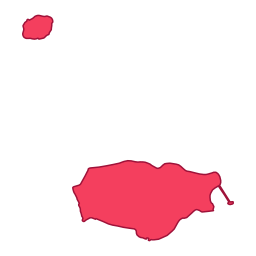 the district of Ly Son, Vietnam
{"feature_id": "81297802B63810165613250", "entity_name": "Ly Son", "entity_type": "district", "adm_level": 2, "iso_a3": "VNM", "parent_name": "Vietnam", "parent_adm1": "", "projection": "natural_earth1", "projection_center": [109.112, 15.401], "detail": "fine", "context": "isolated", "style": "filled", "palette": "rose", "viewbox_px": 256, "rotation_deg": 0, "n_neighbors": 0, "source": "geoboundaries", "source_scale": "gbopen_adm2", "svg_char_len": 3224}
<svg xmlns="http://www.w3.org/2000/svg" viewBox="0 0 256 256"><path d="M135.4,161.8L131.2,160.9L127.8,160.7L124.2,161.4L121.4,162.4L119.3,163.2L113.7,164.4L106.6,165.8L99.0,167.1L90.0,168.0L88.8,168.5L88.4,168.8L88.1,169.7L88.0,170.3L87.6,171.1L86.9,172.4L85.3,175.6L80.8,183.7L80.3,184.4L79.7,184.8L79.0,185.2L73.9,186.7L73.2,187.1L72.9,187.4L72.8,187.8L73.0,189.2L73.5,191.1L74.1,192.7L75.0,194.1L76.8,197.7L77.2,199.4L78.0,200.8L79.3,203.3L79.1,203.8L78.7,204.2L78.8,205.6L79.4,206.5L80.0,207.8L80.3,208.8L80.4,211.2L81.1,213.2L81.6,215.1L81.7,216.0L82.4,217.0L82.8,218.2L82.9,218.6L82.4,219.7L82.3,220.3L82.5,220.8L83.1,221.3L83.8,221.5L84.5,221.3L85.4,220.5L86.5,219.7L88.6,218.6L89.8,217.9L90.6,217.8L91.8,217.8L92.9,218.2L95.4,219.2L95.6,219.0L95.9,218.7L96.2,218.7L103.1,221.5L108.4,223.9L112.6,225.1L117.7,226.0L123.4,227.3L125.4,227.6L129.4,228.2L132.9,228.7L134.4,228.9L135.5,229.7L136.1,230.5L136.3,231.6L136.5,233.6L137.1,235.0L139.0,236.7L140.7,237.5L142.4,237.7L143.6,238.1L144.3,238.5L145.6,239.0L146.2,239.0L146.2,238.4L146.7,238.1L147.4,238.0L148.3,238.2L148.7,238.6L148.5,239.1L148.4,239.8L148.5,240.1L148.5,240.3L149.3,240.6L149.8,240.5L150.7,239.7L151.3,239.6L152.1,239.8L153.9,239.8L158.6,239.2L161.6,237.9L167.1,235.4L168.2,234.5L172.1,231.1L174.2,229.0L177.8,222.5L179.1,220.6L179.8,219.8L180.8,219.1L182.1,218.3L182.9,218.1L183.7,218.2L184.3,218.2L186.2,217.7L186.8,217.5L192.0,212.8L192.8,212.0L193.8,211.1L195.4,209.9L196.5,209.6L197.3,209.7L199.4,210.4L201.2,211.6L201.9,211.9L202.9,211.9L208.6,211.3L210.1,211.1L213.2,210.7L213.4,210.5L213.1,210.0L213.1,209.4L213.8,206.9L213.8,206.5L212.4,203.6L211.9,203.4L211.4,203.0L211.0,202.4L210.6,201.3L210.3,200.5L210.0,197.6L210.0,195.5L210.2,194.7L210.7,193.2L212.5,189.9L215.1,187.9L217.8,186.3L218.4,186.0L224.7,195.3L228.8,201.9L228.6,202.3L228.1,202.8L227.9,203.1L227.9,203.6L228.2,203.8L229.2,204.4L230.4,204.5L232.4,204.0L233.1,203.5L233.2,203.0L233.2,202.3L233.1,201.9L232.6,201.7L231.7,201.8L230.6,201.9L229.9,201.7L219.5,185.3L220.2,184.3L220.7,182.6L220.7,180.4L219.8,176.7L218.8,174.9L218.0,173.8L217.3,173.2L215.9,172.3L213.7,172.3L211.8,173.0L210.0,173.5L208.4,174.0L206.0,174.5L203.8,174.5L199.6,174.0L194.6,172.8L189.8,171.6L186.7,171.1L185.2,170.3L183.2,168.6L180.8,166.4L178.7,164.9L176.3,164.2L172.6,163.6L170.0,163.2L168.3,163.3L166.3,163.5L164.7,163.8L162.8,165.2L161.7,166.3L160.3,167.6L158.3,168.3L156.9,168.3L154.9,167.2L151.8,165.5L150.0,164.1L147.6,163.1L145.4,162.3L143.5,162.0L140.1,161.9L137.9,162.1L135.4,161.8ZM42.9,16.3L39.5,15.5L38.0,15.4L36.6,15.7L35.1,16.3L32.9,18.2L31.8,18.9L29.4,20.1L28.5,19.5L27.6,19.4L27.1,19.8L26.8,20.7L26.7,21.2L24.9,22.5L23.1,25.5L23.1,26.3L23.3,27.0L23.7,28.5L23.8,29.3L23.7,30.2L22.8,33.4L22.8,34.5L23.0,35.4L23.3,36.1L23.7,36.9L24.4,37.5L25.4,38.1L26.5,38.4L29.0,38.4L29.7,38.3L30.8,38.4L32.1,38.8L34.4,39.1L35.9,38.9L37.7,38.3L38.2,38.4L38.8,38.8L39.0,39.1L41.8,38.5L43.5,38.1L44.3,37.7L46.2,35.8L47.5,34.9L48.6,34.6L49.0,34.1L49.2,33.3L49.3,32.8L50.3,31.2L51.0,30.2L51.3,29.6L51.4,27.9L51.6,26.8L51.8,25.0L51.7,23.5L52.3,22.7L52.8,22.0L52.7,20.7L52.4,19.5L51.6,18.2L50.5,17.3L47.4,16.1L46.2,16.1L45.4,16.4L44.6,16.5L42.9,16.3Z" fill="#f43f5e" stroke="#9f1239" stroke-width="1.5"/></svg>